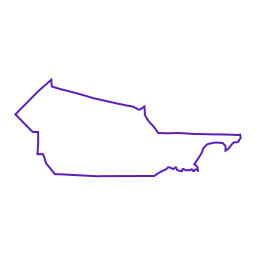 Samarra, Sala ad-Din, Iraq (Mercator projection)
{"feature_id": "34846034B32095770002268", "entity_name": "Samarra", "entity_type": "district", "adm_level": 2, "iso_a3": "IRQ", "parent_name": "Iraq", "parent_adm1": "Sala ad-Din", "projection": "mercator", "projection_center": [43.854, 34.328], "detail": "fine", "context": "isolated", "style": "outline", "palette": "violet", "viewbox_px": 256, "rotation_deg": 0, "n_neighbors": 0, "source": "geoboundaries", "source_scale": "gbopen_adm2", "svg_char_len": 2373}
<svg xmlns="http://www.w3.org/2000/svg" viewBox="0 0 256 256"><path d="M144.4,106.5L143.7,107.0L139.9,109.6L138.7,109.5L137.8,109.3L136.5,108.3L135.3,107.9L133.5,106.8L131.3,106.3L127.1,105.6L124.0,104.9L121.0,104.3L117.2,103.5L111.4,102.2L105.5,100.9L101.5,100.0L93.8,98.3L86.5,96.1L79.3,94.0L65.7,90.4L63.9,90.0L60.4,89.1L51.9,86.6L51.5,84.0L51.5,82.6L51.3,79.7L49.8,81.0L48.3,82.4L45.1,85.3L40.2,89.4L36.0,93.5L33.6,95.9L27.0,102.7L21.8,107.8L18.9,110.8L15.4,114.4L22.9,122.0L26.8,126.0L31.7,131.0L32.7,132.0L38.1,132.0L38.2,140.4L38.2,142.3L38.1,145.2L37.9,148.1L37.7,150.8L37.5,154.2L43.0,154.1L44.6,158.4L45.2,160.8L45.8,162.4L46.3,163.7L47.1,164.5L49.2,167.1L54.9,174.2L61.5,174.3L68.0,174.7L98.2,176.3L103.0,176.1L114.1,176.1L151.8,176.0L153.9,176.1L155.1,175.4L156.1,174.7L157.8,173.5L159.7,172.4L160.9,171.7L162.2,171.0L163.5,170.4L165.0,169.8L165.7,169.6L167.3,168.1L168.1,167.3L169.2,167.3L169.6,167.4L170.2,167.6L170.8,167.9L171.9,168.4L172.6,169.0L173.5,168.9L174.2,168.4L174.9,167.6L175.1,167.5L175.4,167.4L175.9,167.4L176.2,167.8L176.6,169.2L176.9,169.5L177.3,170.1L179.5,170.9L180.3,171.0L181.4,171.2L182.1,171.0L182.3,170.4L182.2,169.9L182.3,169.5L182.4,169.3L182.6,169.2L182.8,169.0L183.2,169.0L183.8,169.2L184.7,169.7L184.9,169.9L185.6,170.2L186.8,170.3L188.4,170.1L189.3,170.2L190.3,170.3L190.7,169.8L191.2,169.3L191.9,169.3L192.3,169.7L192.5,170.1L192.9,170.4L193.2,171.0L193.6,171.0L194.1,171.0L194.6,170.2L194.9,169.8L195.4,169.4L195.9,169.4L196.2,169.6L196.8,169.7L197.0,169.9L197.4,170.5L198.0,170.7L198.0,170.1L197.6,168.4L197.4,167.1L196.4,165.8L194.3,164.3L194.9,163.5L196.6,160.8L199.1,157.1L201.7,152.9L202.6,150.5L203.4,148.1L203.5,148.0L205.1,146.5L207.3,144.3L207.9,144.1L209.1,143.8L211.2,143.3L214.0,142.7L216.2,142.6L219.0,142.7L222.5,143.0L223.8,144.2L225.0,145.3L225.3,145.8L225.5,147.3L225.5,148.9L225.5,150.7L226.9,150.0L228.8,148.2L230.3,146.3L232.1,144.0L233.8,142.4L236.8,142.3L238.0,141.8L238.6,141.4L239.0,140.0L240.0,139.0L240.6,137.9L240.6,136.7L240.3,135.8L240.0,134.6L238.7,135.0L237.6,135.0L233.7,134.8L227.3,134.6L220.3,134.4L214.1,134.4L198.7,134.0L197.2,134.1L190.1,133.7L183.2,133.3L179.8,133.1L177.7,133.0L171.7,133.2L168.8,133.3L158.2,133.0L156.5,130.5L156.0,129.8L155.2,128.6L152.3,125.1L149.4,122.1L147.6,119.7L146.5,117.8L144.7,114.7L144.9,113.1L144.4,106.5Z" fill="none" stroke="#5b21b6" stroke-width="2"/></svg>